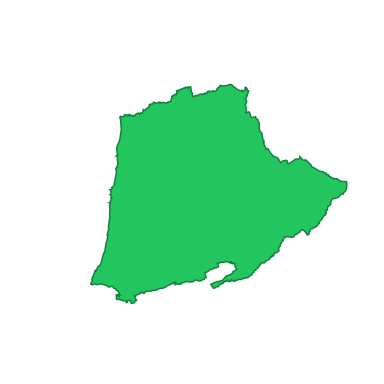 Tabanan, Bali, Indonesia, rotated 57°
{"feature_id": "22746128B4646422714630", "entity_name": "Tabanan", "entity_type": "district", "adm_level": 2, "iso_a3": "IDN", "parent_name": "Indonesia", "parent_adm1": "Bali", "projection": "orthographic", "projection_center": [115.097, -8.439], "detail": "fine", "context": "isolated", "style": "filled", "palette": "green", "viewbox_px": 384, "rotation_deg": 57, "n_neighbors": 0, "source": "geoboundaries", "source_scale": "gbopen_adm2", "svg_char_len": 6033}
<svg xmlns="http://www.w3.org/2000/svg" viewBox="0 0 384 384"><g transform="rotate(57 192 192)"><path d="M273.2,60.5L268.9,57.2L267.1,57.0L266.9,57.9L263.7,61.7L260.1,63.0L258.0,65.7L258.1,66.2L256.8,66.5L255.4,67.8L254.6,67.5L253.0,68.7L252.2,68.1L251.2,68.6L250.7,69.7L248.9,69.3L248.5,70.3L246.1,71.2L244.0,73.8L237.5,76.8L236.2,77.9L233.5,77.4L231.9,78.1L230.4,78.1L226.7,79.3L226.7,80.5L225.6,81.5L221.1,82.3L222.1,83.0L222.5,84.3L222.0,85.8L220.9,86.7L221.1,94.9L220.4,96.4L218.9,95.4L217.6,95.3L216.5,95.9L215.4,99.2L215.6,101.7L209.9,101.6L206.2,104.3L201.9,104.9L197.4,104.7L196.6,105.0L196.7,106.0L196.1,106.7L194.3,106.0L191.6,105.9L190.2,105.0L189.6,105.3L189.2,104.3L188.2,103.8L186.5,104.2L185.9,103.6L180.3,101.3L179.0,101.8L176.9,101.7L173.9,100.2L171.8,98.6L169.5,97.8L168.2,98.1L167.5,97.4L165.7,98.1L163.4,97.7L162.3,101.3L160.7,101.7L157.9,100.6L156.0,100.5L155.3,101.8L155.1,103.7L154.4,103.9L153.0,101.7L147.6,99.6L147.6,98.9L146.5,98.0L146.2,97.0L144.0,96.3L142.9,96.7L141.9,94.3L141.4,94.0L141.4,93.2L139.8,92.3L139.7,91.5L138.1,89.4L136.9,90.3L135.3,89.6L133.5,89.8L133.6,91.0L135.1,91.2L135.4,94.6L133.9,94.6L133.9,95.9L131.3,98.0L127.1,99.2L126.1,100.1L124.7,99.9L123.2,100.7L122.3,102.0L121.4,106.2L120.4,106.9L119.9,108.6L118.2,109.7L118.3,111.1L119.1,112.0L118.5,113.1L119.5,114.3L119.2,115.2L120.0,115.6L120.2,118.4L118.5,119.1L119.0,120.1L116.6,123.0L116.2,124.4L117.5,125.0L116.4,126.9L116.8,128.0L115.9,128.3L115.9,130.0L114.4,131.6L114.1,133.2L114.8,134.6L113.3,135.5L113.6,136.5L113.2,136.7L113.0,138.4L112.2,138.7L112.3,139.1L111.1,139.1L109.2,137.7L108.6,138.2L107.4,137.9L103.1,135.8L103.2,137.0L102.2,137.5L102.9,138.6L101.9,138.5L100.5,140.7L101.3,141.2L100.2,142.5L100.6,143.8L99.9,144.3L99.9,145.8L99.4,146.8L99.9,147.8L98.7,149.1L98.9,150.0L100.7,150.5L100.9,151.3L101.8,152.0L100.6,153.6L101.3,155.3L100.6,155.9L101.2,157.1L102.4,157.9L102.6,158.8L104.1,159.8L104.2,161.6L103.6,162.5L103.3,165.7L101.5,166.9L100.8,168.0L100.9,169.0L99.7,169.4L99.8,170.6L98.6,170.8L98.5,173.1L95.6,175.5L96.8,176.6L95.6,179.4L95.7,180.4L96.8,181.1L97.5,183.0L97.1,184.8L97.6,185.4L97.5,187.6L96.3,188.0L97.4,188.9L98.5,190.6L98.5,191.8L97.6,192.2L98.4,193.5L96.7,193.9L96.4,194.4L96.1,196.9L97.1,198.6L96.4,199.8L95.6,199.7L95.1,201.5L93.7,201.6L94.0,202.7L92.7,202.7L93.2,203.8L92.6,204.1L92.6,204.7L91.6,204.9L91.8,206.3L90.5,206.3L90.5,207.0L91.8,207.9L91.5,208.9L89.6,210.7L89.9,211.8L92.2,212.4L101.0,217.2L109.2,224.4L112.5,229.5L114.9,231.7L117.6,233.2L119.9,233.8L120.4,234.7L120.0,235.5L120.7,234.7L120.7,235.6L121.0,235.1L121.7,235.3L125.5,237.7L127.1,238.1L129.8,240.8L130.8,243.2L134.8,244.9L142.1,252.3L143.5,252.9L144.7,255.8L144.5,257.0L145.5,257.0L145.9,258.3L145.3,259.6L146.7,259.3L149.9,261.5L149.8,262.1L150.4,261.6L151.8,262.2L152.4,263.0L153.3,263.2L153.5,262.7L155.0,265.3L156.4,266.4L156.1,267.2L156.8,266.7L159.3,269.0L162.0,270.4L167.0,274.1L168.7,274.5L168.9,275.3L171.1,277.1L176.0,281.2L177.7,281.9L180.1,284.8L181.7,285.9L181.8,286.7L182.8,286.5L185.8,289.1L187.3,291.1L194.9,298.0L195.0,298.9L197.2,301.7L202.4,307.4L203.7,309.8L203.2,311.3L205.3,314.6L205.2,315.2L205.6,315.2L205.3,316.1L205.9,316.1L205.7,316.7L206.8,317.7L206.9,318.7L208.8,320.5L209.3,322.1L209.8,322.0L210.8,323.6L212.0,324.0L214.0,327.0L215.6,326.2L216.0,323.8L218.2,321.8L219.5,318.4L224.0,314.4L225.6,314.1L226.7,313.2L226.9,311.7L228.0,310.0L230.6,309.8L231.4,308.9L233.0,308.9L234.4,308.0L237.2,308.2L237.9,309.0L239.5,308.6L239.3,309.2L239.9,310.0L238.8,310.6L238.3,310.4L238.4,309.7L237.7,309.9L236.9,311.4L240.1,313.4L241.4,313.5L242.3,311.1L243.4,310.9L243.9,310.0L246.0,309.0L246.4,307.5L247.6,306.8L249.1,307.3L249.3,306.2L248.0,305.2L248.7,303.6L250.3,303.1L251.9,303.5L252.8,302.8L253.5,300.4L252.2,299.2L252.6,297.8L253.3,297.4L250.0,297.5L248.1,296.8L248.8,296.2L248.2,295.7L248.2,294.8L249.0,290.6L248.2,290.3L249.0,288.4L250.2,288.2L250.9,287.3L250.4,286.1L250.7,283.8L252.7,280.6L253.0,279.5L252.5,278.7L253.9,277.6L254.8,275.5L255.4,271.3L256.7,269.1L257.3,266.3L257.2,262.8L257.9,260.4L257.5,259.3L258.1,258.7L257.8,257.7L258.4,257.4L257.9,255.7L258.6,254.9L259.3,256.2L260.6,256.7L260.8,254.9L263.2,251.7L262.9,250.3L263.9,245.9L267.1,241.6L267.9,239.6L267.6,238.1L267.9,236.7L270.9,234.0L271.8,229.3L271.2,227.8L271.5,226.8L266.8,225.2L267.4,222.4L267.0,219.4L269.3,210.4L265.4,209.3L266.5,207.9L266.5,206.1L267.8,204.7L269.1,200.9L271.7,199.0L271.6,198.1L272.7,198.2L272.3,197.2L273.5,197.4L273.7,196.5L274.5,196.8L275.0,195.0L277.8,196.5L278.6,196.2L281.5,196.8L281.0,201.0L282.4,201.9L282.0,202.9L282.2,204.8L281.1,208.3L282.7,214.9L280.5,221.0L279.6,226.5L284.3,226.6L285.0,224.9L284.6,223.8L285.6,221.8L284.6,218.3L285.6,215.7L284.6,213.5L285.6,212.4L285.7,210.5L287.1,209.9L287.9,208.4L287.3,206.6L288.8,206.3L290.2,204.7L289.7,203.6L290.5,202.7L290.7,200.3L292.1,198.8L292.5,195.7L293.3,194.4L293.0,193.4L294.4,191.9L293.8,189.7L294.1,186.9L292.9,185.4L293.1,183.8L292.3,183.3L291.8,182.2L292.3,181.3L291.6,180.6L291.8,178.6L291.2,178.2L291.5,177.9L290.3,175.0L290.4,174.3L289.4,173.9L289.1,173.1L290.9,169.5L290.2,167.8L290.6,163.2L289.5,162.4L289.7,161.2L289.0,161.2L288.9,160.7L289.8,159.7L289.9,158.2L288.9,158.2L289.0,157.3L287.9,155.9L289.1,154.0L288.6,152.1L288.9,151.7L288.3,150.8L286.9,150.3L285.9,149.3L285.4,147.2L284.0,146.7L283.8,145.3L282.4,143.4L282.6,142.3L281.9,142.0L280.8,139.8L280.1,139.4L280.8,138.8L281.1,136.5L284.1,133.4L285.0,131.1L284.1,129.2L284.0,127.8L284.6,127.3L284.2,123.3L283.8,123.1L283.4,121.2L283.9,120.8L283.8,119.8L284.2,119.3L287.7,118.6L290.9,118.7L291.0,116.8L288.9,115.2L289.1,114.5L287.9,113.2L287.7,112.2L288.4,111.3L288.1,109.1L288.7,108.2L288.2,106.9L288.8,105.8L287.5,103.7L287.8,102.4L287.1,102.1L286.1,100.6L285.7,98.4L283.9,94.6L283.8,92.2L283.2,91.9L282.7,90.7L280.7,89.8L280.8,88.4L278.3,86.1L278.0,84.5L278.4,84.0L277.9,82.5L277.0,81.6L276.2,81.6L274.5,78.5L274.3,77.8L275.4,75.4L276.1,71.7L275.1,68.4L275.5,66.8L276.1,66.3L275.1,64.9L274.9,63.1L273.2,60.5Z" fill="#22c55e" stroke="#15803d" stroke-width="1.5"/></g></svg>